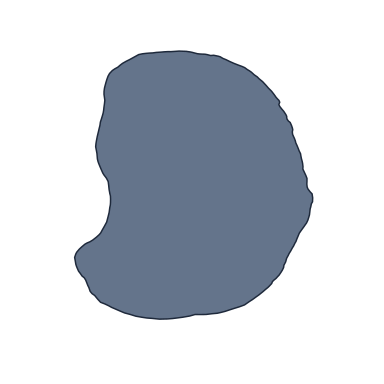 outline of North Nilandhoo, Maldives, rotated 20°
{"feature_id": "70690204B63708858601891", "entity_name": "North Nilandhoo", "entity_type": "district", "adm_level": 2, "iso_a3": "MDV", "parent_name": "Maldives", "parent_adm1": "", "projection": "mercator", "projection_center": [72.923, 3.188], "detail": "fine", "context": "isolated", "style": "filled", "palette": "slate", "viewbox_px": 384, "rotation_deg": 20, "n_neighbors": 0, "source": "geoboundaries", "source_scale": "gbopen_adm2", "svg_char_len": 3024}
<svg xmlns="http://www.w3.org/2000/svg" viewBox="0 0 384 384"><g transform="rotate(20 192 192)"><path d="M170.0,328.7L175.6,328.2L181.8,327.9L187.9,326.8L192.8,325.8L197.4,324.5L204.9,322.6L212.3,319.7L217.1,317.5L220.8,315.6L226.0,312.9L232.3,309.3L236.7,306.1L242.8,303.9L247.0,302.3L252.3,299.6L257.2,297.3L259.9,295.6L264.0,292.8L267.9,289.7L271.9,286.6L276.0,283.5L280.0,280.1L283.3,275.4L285.8,272.1L287.8,269.1L290.2,265.6L292.8,261.3L294.4,258.4L296.0,255.7L297.0,253.6L298.2,250.7L298.2,248.8L299.0,247.0L300.5,244.5L301.5,242.0L302.2,240.5L303.0,237.4L303.6,234.6L303.9,231.6L303.4,229.4L303.9,225.7L303.6,221.9L304.1,218.7L304.3,216.5L304.9,213.8L305.4,210.3L305.9,208.1L306.2,205.0L306.6,203.0L306.6,200.1L306.8,196.4L306.9,194.0L307.8,190.6L308.4,188.5L308.9,186.8L309.4,184.9L310.2,182.0L310.5,179.0L310.4,176.2L310.2,173.3L308.8,167.4L308.7,165.6L308.2,162.2L308.6,160.0L307.4,156.2L305.5,152.7L302.7,151.3L299.8,149.4L298.5,147.9L297.2,145.3L296.4,142.7L295.4,139.9L293.3,137.5L291.2,135.4L288.3,132.5L287.6,130.2L286.1,127.2L285.1,125.6L283.4,123.2L282.0,120.9L280.9,118.9L278.7,116.8L276.8,114.6L274.7,112.3L272.7,110.3L271.6,108.6L270.0,106.7L268.5,105.2L266.8,103.4L265.7,101.2L265.4,99.1L264.5,97.6L262.8,95.5L260.5,93.1L258.2,92.3L256.4,91.0L255.6,89.8L255.1,88.5L253.8,87.2L252.2,86.0L250.6,84.8L248.1,83.4L245.2,81.6L243.7,80.1L243.7,77.6L242.4,76.2L240.5,75.3L238.5,74.2L235.8,72.3L232.3,70.1L228.2,68.2L225.2,66.5L220.7,64.2L216.2,62.6L213.9,61.5L210.4,60.6L206.8,59.1L204.6,58.5L202.0,58.0L199.0,57.1L196.1,56.9L192.7,56.9L187.7,56.8L183.2,56.5L178.6,56.0L175.4,55.9L172.3,55.3L170.3,55.4L165.6,56.1L162.8,57.4L161.5,57.5L159.3,57.7L157.0,58.1L154.9,58.8L151.9,59.7L149.8,60.2L146.8,60.5L144.5,60.7L142.4,61.0L140.5,61.4L138.5,61.8L134.2,63.2L131.7,64.0L128.1,65.6L124.0,67.4L121.4,68.3L117.9,69.8L114.7,71.3L110.6,73.1L107.6,74.7L104.3,76.1L101.5,77.4L98.3,79.0L94.9,81.1L92.2,84.2L88.0,89.0L85.5,91.6L82.7,94.9L81.1,97.4L79.6,100.1L77.4,102.6L75.6,105.1L74.0,108.8L73.5,111.9L73.5,115.3L73.7,118.9L74.0,122.2L74.2,124.2L74.9,127.4L75.9,130.3L76.8,132.0L78.7,135.6L79.5,138.8L80.3,142.5L81.0,145.4L81.5,148.1L81.7,150.7L81.9,154.4L82.0,157.6L82.7,160.9L83.1,164.6L83.4,167.0L84.0,172.3L84.7,176.7L85.2,179.3L86.0,182.4L87.9,185.6L89.5,188.3L91.8,193.3L93.2,195.4L94.4,196.9L96.3,199.0L98.8,201.7L101.7,204.7L103.6,206.2L105.7,207.5L107.0,208.4L109.7,210.9L111.4,214.2L113.3,218.1L115.4,221.7L116.7,223.6L117.9,226.5L119.1,230.0L119.7,232.2L120.1,234.9L121.1,239.4L121.6,243.9L122.1,249.5L121.4,254.2L120.7,258.3L120.2,261.7L119.3,264.0L117.6,267.2L115.1,271.2L113.0,273.8L110.9,275.7L109.2,277.7L107.2,281.2L105.7,284.1L104.3,287.9L104.0,290.0L104.1,293.6L106.0,296.9L107.4,299.4L108.5,300.9L110.1,302.7L112.5,305.2L115.0,306.8L117.5,308.6L120.0,309.4L122.2,311.1L124.0,313.1L126.1,315.5L127.8,317.1L130.3,320.2L132.9,321.7L135.9,322.5L140.3,325.1L143.8,326.9L148.4,327.0L152.7,327.4L155.8,327.9L160.9,328.2L165.8,328.5L170.0,328.7Z" fill="#64748b" stroke="#1e293b" stroke-width="1.5"/></g></svg>